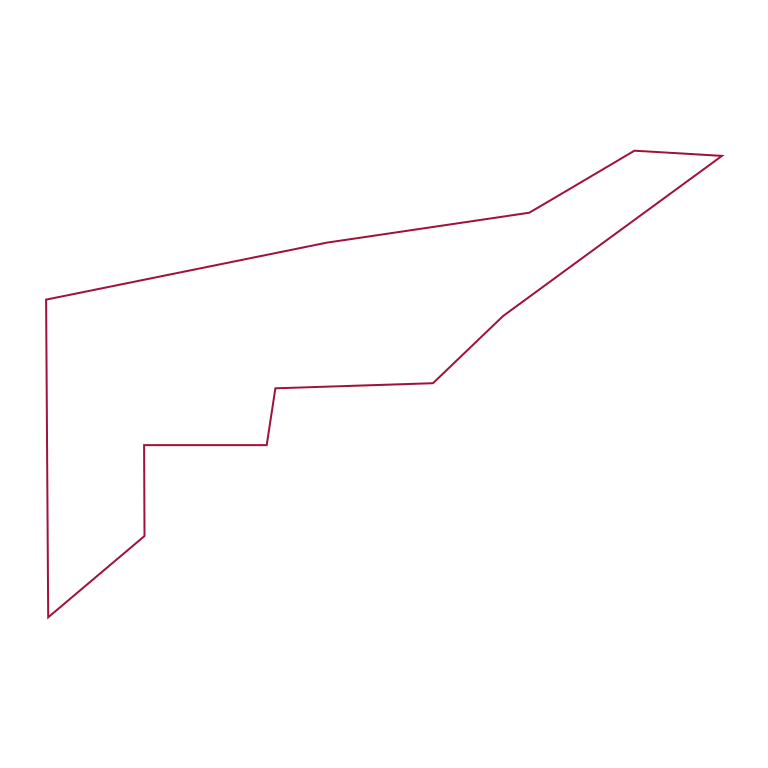 South Hill, Natural Earth projection
{"feature_id": "AIA-5122", "entity_name": "South Hill", "entity_type": "District", "adm_level": 1, "iso_a3": "AIA", "parent_name": "Anguilla", "parent_adm1": "", "projection": "natural_earth1", "projection_center": [-63.095, 18.202], "detail": "fine", "context": "isolated", "style": "outline", "palette": "rose", "viewbox_px": 768, "rotation_deg": 0, "n_neighbors": 0, "source": "natural_earth", "source_scale": "10m", "svg_char_len": 304}
<svg xmlns="http://www.w3.org/2000/svg" viewBox="0 0 768 768"><path d="M46.1,299.6L327.0,242.6L529.3,212.7L562.3,193.3L634.4,150.7L721.9,155.9L597.5,246.9L503.1,316.0L433.0,383.2L275.4,388.3L266.7,445.1L144.1,445.1L144.5,536.0L48.2,617.3L46.1,299.6Z" fill="none" stroke="#9f1239" stroke-width="2"/></svg>